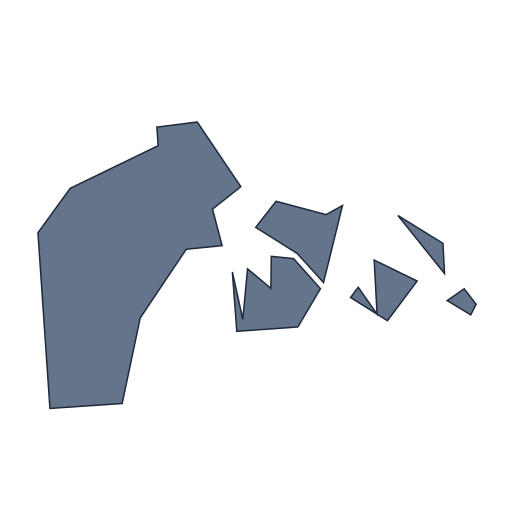 the Territory of Northwest Territories, rotated 86°
{"feature_id": "CAN-635", "entity_name": "Northwest Territories", "entity_type": "Territory", "adm_level": 1, "iso_a3": "CAN", "parent_name": "Canada", "parent_adm1": "", "projection": "mercator", "projection_center": [-123.126, 69.383], "detail": "coarse", "context": "isolated", "style": "filled", "palette": "slate", "viewbox_px": 512, "rotation_deg": 86, "n_neighbors": 0, "source": "natural_earth", "source_scale": "10m", "svg_char_len": 718}
<svg xmlns="http://www.w3.org/2000/svg" viewBox="0 0 512 512"><g transform="rotate(86 256 256)"><path d="M118.2,305.3L185.8,266.3L206.2,296.1L243.3,289.1L244.4,325.1L309.7,375.8L393.8,399.8L393.7,472.2L217.6,471.9L175.5,436.6L139.1,345.9L120.5,345.9L118.2,305.3ZM329.8,280.4L270.2,280.7L318.2,273.6L268.2,265.3L289.3,243.4L257.4,240.8L261.2,218.7L293.1,194.0L329.7,219.2L329.8,280.4ZM287.2,190.5L256.5,214.6L227.4,254.3L202.8,232.2L219.6,183.2L211.7,166.2L287.2,190.5ZM329.7,129.4L304.0,164.6L294.3,156.2L322.4,139.3L268.3,138.4L292.2,97.0L329.7,129.4ZM286.6,69.2L225.5,111.6L256.5,68.6L286.6,69.2ZM329.7,45.9L313.8,68.4L303.2,50.6L319.5,39.8L329.7,45.9Z" fill="#64748b" stroke="#1e293b" stroke-width="1.5"/></g></svg>